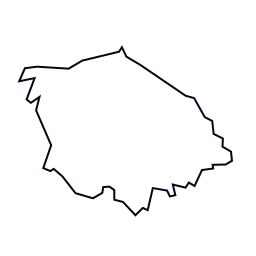 outline of DeKalb, Tennessee, United States of America, rotated 164°
{"feature_id": "52423323B12526845060085", "entity_name": "DeKalb", "entity_type": "district", "adm_level": 2, "iso_a3": "USA", "parent_name": "United States of America", "parent_adm1": "Tennessee", "projection": "equal_earth", "projection_center": [-85.84, 35.98], "detail": "fine", "context": "isolated", "style": "outline", "palette": "ink", "viewbox_px": 256, "rotation_deg": 164, "n_neighbors": 0, "source": "geoboundaries", "source_scale": "gbopen_adm2", "svg_char_len": 744}
<svg xmlns="http://www.w3.org/2000/svg" viewBox="0 0 256 256"><g transform="rotate(164 128 128)"><path d="M111.6,207.3L115.6,203.8L153.4,205.4L168.7,201.4L198.5,212.0L210.6,213.9L219.7,202.9L204.0,201.7L217.6,183.4L214.4,179.0L204.5,182.3L211.5,170.3L206.6,132.6L220.5,112.8L214.5,108.0L210.7,109.2L204.4,99.6L196.4,79.8L181.1,70.1L170.6,72.7L168.1,78.0L162.1,76.8L158.3,72.2L160.9,62.8L153.2,58.3L144.9,42.1L135.8,47.1L131.7,43.6L120.7,63.4L107.7,57.1L106.6,50.7L101.0,50.4L100.5,61.3L89.1,54.8L84.6,58.8L80.0,53.9L68.5,67.2L57.3,65.6L56.8,69.3L44.3,66.0L37.1,67.8L35.5,76.9L42.3,84.0L39.7,91.7L47.3,98.7L45.1,111.5L51.2,117.3L56.2,138.5L63.8,143.2L98.4,184.8L109.9,197.1L111.6,207.3Z" fill="none" stroke="#020617" stroke-width="2"/></g></svg>